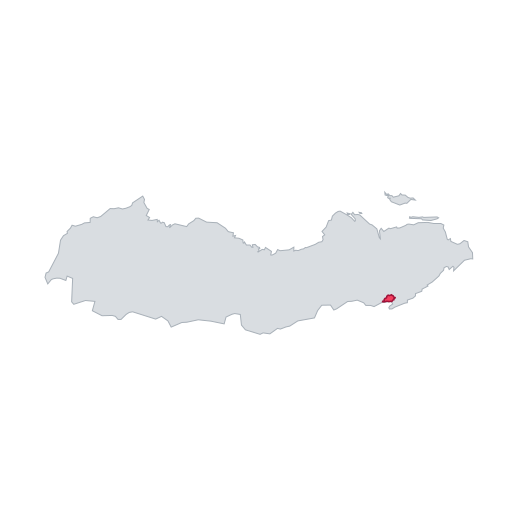 location of Dals-Ed, Västra Götaland, Sweden, rotated 253°
{"feature_id": "70781695B56175452529333", "entity_name": "Dals-Ed", "entity_type": "district", "adm_level": 2, "iso_a3": "SWE", "parent_name": "Sweden", "parent_adm1": "Västra Götaland", "projection": "mercator", "projection_center": [11.917, 58.996], "detail": "fine", "context": "in_parent", "style": "filled", "palette": "rose", "viewbox_px": 512, "rotation_deg": 253, "n_neighbors": 0, "source": "geoboundaries", "source_scale": "gbopen_adm2", "svg_char_len": 4664}
<svg xmlns="http://www.w3.org/2000/svg" viewBox="0 0 512 512"><g transform="rotate(253 256 256)"><path d="M169.0,369.2L170.1,372.7L172.5,372.2L173.5,369.7L174.7,362.4L173.1,354.1L175.2,351.2L176.6,346.6L179.8,345.3L184.2,339.9L184.7,334.3L185.7,330.3L181.9,317.7L181.6,314.6L187.3,312.9L189.7,304.5L185.8,299.0L179.7,293.8L181.7,277.0L179.1,267.8L179.4,263.9L179.0,257.9L180.5,255.4L177.5,246.5L180.4,240.3L179.9,237.0L188.5,224.3L194.2,221.9L204.7,223.9L207.2,218.8L207.3,216.0L206.4,209.5L200.4,205.7L206.9,193.8L211.9,182.1L212.9,170.5L214.1,165.6L212.8,154.1L219.7,152.8L225.9,148.0L225.0,141.6L238.7,121.7L239.1,118.2L238.1,114.7L234.8,108.4L235.7,105.5L239.4,103.9L241.2,101.1L243.9,91.3L251.5,83.5L259.7,88.7L263.3,79.9L263.1,67.6L266.1,66.3L288.2,74.1L292.0,69.5L288.2,67.0L292.0,62.1L293.1,59.0L293.5,55.3L293.3,53.4L290.2,48.7L297.3,48.0L301.1,50.3L301.4,53.1L316.4,67.9L328.3,73.7L331.7,77.8L332.8,82.3L334.7,82.5L336.9,86.7L339.2,89.1L337.3,92.0L337.2,98.6L337.8,101.6L336.6,107.2L340.5,108.5L341.1,111.9L339.0,115.3L339.2,119.1L344.0,130.4L342.7,134.1L342.3,138.6L340.0,142.0L339.7,145.4L340.0,149.9L340.7,152.0L342.9,153.5L346.4,165.2L342.7,165.9L339.9,164.4L333.4,165.8L331.7,167.5L326.8,162.9L323.9,165.5L322.0,163.2L320.4,167.0L319.9,172.2L317.6,171.7L318.5,173.7L315.3,174.4L315.1,175.2L315.7,176.4L314.7,178.0L310.4,178.5L309.8,180.2L311.0,182.2L311.0,183.4L308.2,181.5L310.1,185.2L310.5,187.9L304.4,198.3L306.4,201.0L308.0,206.9L309.7,209.5L309.0,212.2L302.8,218.7L299.2,228.5L291.5,234.9L287.4,236.6L284.8,241.2L281.7,239.7L281.6,242.4L279.7,240.7L278.0,244.8L275.2,248.1L272.2,247.5L271.8,248.1L272.8,249.1L269.3,250.0L268.2,253.5L265.6,254.5L265.2,255.6L267.8,255.8L267.3,258.6L264.3,260.1L263.2,261.9L261.9,261.8L262.1,260.4L260.2,260.5L259.5,258.9L259.2,259.3L260.5,263.9L259.5,265.8L261.4,267.6L255.9,272.1L252.7,270.4L252.2,271.7L252.9,275.6L255.8,278.6L254.0,280.6L252.2,289.5L253.4,294.8L249.7,293.6L249.9,295.6L248.8,298.0L249.2,301.4L248.9,303.6L249.7,305.7L249.2,306.6L249.8,316.0L250.8,320.0L250.4,323.2L252.0,324.9L255.2,325.3L256.1,327.9L260.2,326.3L263.1,331.5L268.6,335.8L268.3,338.6L271.8,340.7L273.8,344.5L274.6,347.6L274.3,349.6L268.9,354.8L264.7,358.4L260.3,360.5L260.6,361.3L262.7,361.7L267.9,359.2L269.4,361.4L266.6,362.4L266.0,365.4L264.8,367.3L253.3,374.0L251.8,376.1L246.6,379.5L237.4,379.3L236.0,380.0L244.0,381.4L245.9,383.8L242.1,385.4L243.8,391.2L242.8,392.6L242.7,399.0L241.4,399.1L240.8,401.7L241.5,408.1L242.1,409.8L241.8,411.6L239.7,415.9L240.4,420.9L237.9,430.1L235.2,435.3L233.0,442.3L230.7,444.7L227.9,443.2L223.7,444.1L216.1,443.8L215.2,444.5L215.8,447.0L213.0,446.6L208.3,452.0L208.1,454.6L210.0,459.5L207.7,462.7L202.6,461.9L195.9,464.0L189.8,462.4L190.6,460.6L191.0,454.1L184.0,440.6L187.3,442.0L188.6,441.3L186.6,436.8L189.4,436.5L190.3,435.0L189.8,432.4L187.5,431.2L185.5,427.2L183.4,425.1L179.6,416.9L178.2,411.2L177.0,411.7L175.8,405.2L173.8,404.2L173.4,397.5L171.2,396.8L169.8,393.7L169.6,387.9L167.1,387.1L167.4,384.3L166.5,373.8L165.6,370.5L166.3,368.1L167.7,367.9L169.0,369.2ZM275.8,401.1L274.6,401.7L274.0,403.6L272.1,404.5L271.8,410.3L273.5,412.5L271.7,413.4L270.6,416.5L267.5,418.5L266.2,420.4L265.6,423.2L262.9,424.7L264.8,420.6L262.3,415.7L263.0,414.0L262.7,408.4L268.3,401.3L270.9,400.4L272.0,401.2L272.5,399.4L273.4,399.0L275.8,401.1ZM240.4,440.6L239.1,441.8L238.6,440.1L238.8,433.6L241.8,425.8L243.2,425.2L246.9,414.5L247.3,413.8L248.6,414.5L247.7,415.5L247.7,417.4L245.3,423.1L244.7,426.7L243.9,427.6L240.4,440.6ZM276.9,398.8L276.7,400.5L275.3,399.2L276.6,397.3L279.3,397.8L276.9,398.8ZM270.5,355.7L268.8,358.4L268.4,357.3L268.8,355.9L270.5,355.7ZM266.6,369.4L265.7,369.6L266.4,367.8L267.6,367.4L266.6,369.4Z" fill="#d9dde1" stroke="#a8b0b8" stroke-width="1"/><path d="M175.3,363.7L175.1,364.1L174.7,365.0L174.6,365.6L174.6,366.1L174.5,366.7L174.5,367.5L174.5,367.8L174.3,368.3L174.0,369.0L173.9,369.3L173.5,369.6L173.4,370.5L173.4,371.1L173.2,371.7L172.9,372.2L172.8,372.7L173.1,372.9L173.3,373.3L173.6,373.6L173.8,374.1L173.9,375.1L174.5,375.0L174.8,375.3L174.9,375.7L175.1,376.6L175.6,376.9L175.8,376.7L176.0,376.2L176.3,375.9L176.5,375.8L177.1,375.6L177.7,375.6L177.8,375.5L177.9,375.4L178.3,375.0L178.5,374.7L178.7,374.4L179.1,374.4L179.4,374.1L179.2,373.5L179.2,373.1L179.2,372.5L179.1,372.3L179.2,371.8L179.5,371.5L179.8,371.3L179.9,370.6L179.7,370.4L179.5,369.7L179.1,369.2L178.8,369.1L178.5,369.0L178.2,368.6L177.9,368.5L177.8,368.0L177.5,367.6L177.7,367.3L177.7,366.8L177.5,366.6L177.2,366.2L176.9,365.9L176.6,365.7L176.1,365.7L175.9,365.4L175.7,365.2L175.3,364.7L175.6,364.5L175.7,364.1L175.7,363.9L175.3,363.7Z" fill="#f43f5e" stroke="#9f1239" stroke-width="1.5"/></g></svg>